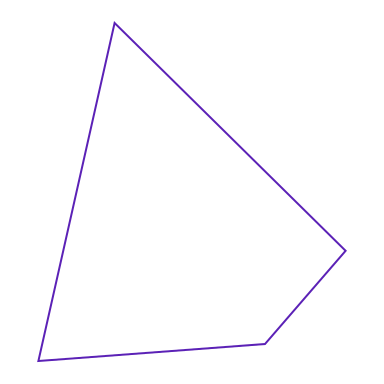 Denigomodu, Natural Earth projection
{"feature_id": "NRU-4973", "entity_name": "Denigomodu", "entity_type": "state/province", "adm_level": 1, "iso_a3": "NRU", "parent_name": "Nauru", "parent_adm1": "", "projection": "natural_earth1", "projection_center": [166.912, -0.518], "detail": "fine", "context": "isolated", "style": "outline", "palette": "violet", "viewbox_px": 384, "rotation_deg": 0, "n_neighbors": 0, "source": "natural_earth", "source_scale": "10m", "svg_char_len": 184}
<svg xmlns="http://www.w3.org/2000/svg" viewBox="0 0 384 384"><path d="M38.4,361.0L114.6,23.0L345.6,250.8L265.0,344.0L38.4,361.0Z" fill="none" stroke="#5b21b6" stroke-width="2"/></svg>